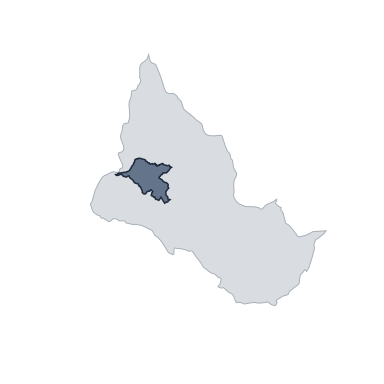 Ouadda, Haute-Kotto, Central African Republic shown in context, rotated 239°
{"feature_id": "33826404B85937091100445", "entity_name": "Ouadda", "entity_type": "district", "adm_level": 2, "iso_a3": "CAF", "parent_name": "Central African Republic", "parent_adm1": "Haute-Kotto", "projection": "mercator", "projection_center": [22.72, 8.057], "detail": "fine", "context": "in_parent", "style": "filled", "palette": "slate", "viewbox_px": 384, "rotation_deg": 239, "n_neighbors": 0, "source": "geoboundaries", "source_scale": "gbopen_adm2", "svg_char_len": 6798}
<svg xmlns="http://www.w3.org/2000/svg" viewBox="0 0 384 384"><g transform="rotate(239 192 192)"><path d="M259.6,147.6L262.8,148.4L263.3,149.4L262.5,152.6L263.1,154.6L264.9,156.3L266.7,157.0L268.4,157.4L274.5,158.5L277.0,159.7L280.3,163.4L284.5,166.8L285.5,168.7L285.3,170.3L284.1,172.3L284.3,173.1L286.2,175.1L288.4,177.2L292.4,179.5L299.4,183.0L302.5,185.4L303.6,187.2L305.4,189.2L307.9,191.0L309.6,192.4L308.4,196.3L308.8,197.6L309.4,198.7L310.8,200.2L311.4,202.2L312.9,204.7L314.6,205.8L317.4,206.2L319.0,207.4L322.1,209.3L325.2,211.0L326.5,212.2L327.3,213.2L328.0,214.5L328.3,215.7L328.4,218.3L328.9,221.6L330.5,223.8L332.1,225.5L325.8,223.6L324.9,223.5L323.8,223.9L320.5,226.2L319.5,226.5L315.4,226.0L305.5,224.2L297.9,222.4L295.6,221.7L291.5,221.1L288.8,222.3L286.3,226.5L285.5,227.3L281.6,228.6L279.7,228.2L275.1,229.4L268.0,227.7L265.5,228.0L263.5,228.9L258.4,230.8L255.3,231.9L251.7,232.8L248.3,234.3L246.0,235.2L243.7,235.2L241.7,234.3L239.5,233.6L236.8,233.4L234.1,233.9L231.7,235.5L230.8,236.7L228.7,239.9L226.3,245.0L225.4,246.1L224.5,246.6L213.4,244.0L208.6,243.4L205.4,244.2L201.3,242.8L199.6,242.5L198.7,243.0L196.5,242.3L192.8,240.6L189.3,239.8L186.2,240.1L184.2,239.5L182.7,237.8L180.7,234.7L177.1,231.6L172.2,229.1L169.2,227.2L168.0,225.9L165.4,225.2L161.4,225.1L157.6,226.3L152.1,230.2L147.0,238.2L144.1,241.2L141.8,242.0L141.3,244.0L142.4,247.0L142.7,250.5L141.9,256.5L142.2,260.8L141.0,260.1L139.8,258.1L139.2,257.7L135.9,258.6L134.1,259.4L133.2,260.2L132.5,260.4L131.4,259.2L130.6,259.0L129.2,259.3L127.9,259.2L127.0,259.1L126.4,259.2L124.8,258.5L119.0,256.9L118.0,256.3L116.9,256.4L113.9,257.8L112.3,258.2L107.5,259.1L102.3,259.6L100.4,259.6L99.0,260.2L98.1,261.2L96.5,266.7L96.1,267.6L96.2,269.0L95.7,273.4L95.9,274.8L89.8,286.9L88.8,284.9L88.1,282.6L87.9,279.8L88.0,279.1L87.6,278.3L87.1,276.1L87.6,274.6L87.2,273.1L86.0,271.7L84.9,270.5L84.3,269.5L83.8,269.1L82.6,268.9L81.0,268.4L74.1,261.3L67.0,253.3L65.6,250.7L65.0,249.2L66.7,249.0L67.2,248.7L67.2,248.0L66.1,246.0L65.6,243.4L64.7,241.8L61.9,239.3L59.3,237.4L58.4,236.5L57.9,235.1L56.9,226.5L56.5,224.0L55.6,222.9L55.0,222.4L54.8,221.8L54.9,220.3L55.2,218.9L55.2,218.3L55.9,217.1L55.9,209.1L55.1,208.0L53.5,208.0L52.6,206.8L51.9,205.3L52.1,204.3L53.7,202.7L54.7,202.0L57.7,200.7L58.6,200.1L59.1,199.3L59.5,198.2L61.2,194.1L63.8,190.0L65.0,189.1L67.6,183.1L68.2,181.5L68.7,180.0L69.5,178.7L72.4,176.6L74.6,173.0L76.9,173.2L79.4,173.8L82.5,174.1L84.9,173.4L86.5,172.0L94.0,169.6L94.5,167.6L95.7,166.6L97.1,165.7L97.6,165.6L97.7,166.2L98.5,168.3L100.2,170.3L102.8,172.4L103.5,172.3L105.0,170.6L109.0,169.6L110.0,169.2L112.7,166.7L116.1,165.2L118.0,164.6L121.4,163.0L123.8,163.2L127.7,163.0L134.2,162.2L138.8,162.0L141.2,161.7L141.8,161.3L142.7,159.0L143.4,158.3L145.1,157.3L148.6,153.8L150.8,150.9L151.5,149.8L152.0,149.6L152.9,148.3L152.0,147.0L148.1,144.4L148.2,144.1L148.0,143.6L148.2,143.2L149.7,142.2L151.6,140.9L153.7,140.5L159.2,140.6L163.9,140.3L165.0,140.4L168.7,139.7L171.2,139.2L173.8,137.9L179.6,138.0L184.4,134.8L185.8,134.2L186.4,133.7L186.6,133.2L188.9,132.0L191.4,129.3L193.4,126.9L194.0,125.2L199.5,119.5L201.4,119.6L202.3,118.9L204.5,115.1L205.2,114.4L207.5,113.7L208.5,112.6L209.5,110.9L209.5,108.8L209.0,107.1L209.0,106.3L209.6,105.6L210.4,104.8L214.6,102.8L215.7,101.8L216.3,100.9L217.5,100.7L218.8,100.8L219.6,100.2L220.5,99.3L223.4,98.0L226.0,97.1L228.9,97.5L234.0,98.7L235.5,101.5L236.2,102.4L242.5,108.9L243.7,110.4L246.8,115.1L248.7,118.3L250.9,122.8L251.1,125.3L250.9,127.4L250.4,133.4L249.8,135.1L247.1,138.3L247.0,139.8L247.5,141.0L248.4,141.5L248.9,142.1L248.6,144.9L249.6,145.9L251.6,146.7L256.9,147.2L259.6,147.6Z" fill="#d9dde1" stroke="#a8b0b8" stroke-width="1"/><path d="M246.3,135.5L245.6,135.6L245.0,136.0L244.6,136.6L244.2,137.9L244.0,139.4L243.7,140.4L242.8,140.9L241.2,141.1L239.1,142.8L238.7,143.2L238.6,144.5L238.6,145.6L238.3,146.2L238.0,146.3L237.1,146.0L235.3,146.3L232.9,147.4L230.1,147.4L229.2,147.7L228.1,148.5L226.7,150.0L226.1,150.1L225.4,149.8L224.9,149.6L223.8,149.8L223.4,150.4L219.0,150.0L218.1,149.7L217.2,149.1L215.3,149.6L214.9,150.2L214.3,151.1L214.7,152.2L215.3,153.5L215.4,154.4L214.5,156.0L214.6,156.6L214.9,157.1L215.3,157.6L215.2,157.9L212.8,158.6L212.2,158.2L211.9,157.0L211.1,156.5L210.6,155.9L210.4,155.4L209.9,155.4L209.2,155.7L208.2,156.4L207.1,156.6L206.7,157.6L205.8,157.2L205.1,157.1L204.2,157.2L204.1,157.8L203.8,158.1L202.3,158.9L201.9,159.3L202.2,160.0L203.5,162.7L196.4,162.8L196.6,164.7L196.3,165.3L196.0,165.8L196.0,166.3L196.6,166.9L196.7,169.2L198.6,167.8L200.4,168.7L201.0,168.6L202.2,168.2L203.5,168.4L204.3,169.0L204.9,169.1L205.6,169.6L206.4,171.2L207.4,174.1L209.3,174.1L210.0,175.1L210.8,175.4L212.0,175.3L213.3,174.7L214.6,173.4L216.4,172.7L217.6,172.7L221.0,171.0L221.9,172.0L221.9,173.0L222.3,173.4L222.7,174.8L222.3,175.4L223.0,176.6L223.2,177.1L222.7,177.7L221.6,180.0L221.9,181.4L222.2,181.9L222.3,183.1L222.8,184.1L223.3,184.9L223.6,185.6L223.7,187.2L224.2,186.9L224.8,186.5L224.9,186.2L225.2,186.2L225.7,186.2L226.0,186.2L226.3,186.3L226.6,186.3L226.8,186.0L227.0,184.6L227.8,184.0L229.2,182.5L230.2,181.8L230.5,181.7L230.7,181.8L231.0,181.8L231.1,181.5L231.2,181.3L231.5,181.1L231.8,181.1L231.8,180.8L231.8,180.5L231.8,179.6L232.0,179.3L232.0,178.8L232.2,178.1L232.1,177.8L231.8,177.8L231.8,177.6L232.1,177.5L232.2,177.4L232.3,177.1L232.0,176.8L232.0,176.4L232.1,175.7L232.6,175.1L232.9,175.0L233.2,174.9L233.3,175.1L233.3,175.4L233.3,175.6L233.6,175.7L233.7,175.2L233.7,174.9L233.8,174.8L234.0,174.9L234.1,175.0L234.3,175.1L234.5,175.2L234.9,175.2L234.8,174.8L235.0,174.6L235.4,174.8L235.7,174.8L235.8,174.5L235.7,174.2L235.6,173.9L235.8,173.4L236.0,172.7L236.3,172.6L236.5,172.6L236.8,172.6L237.1,171.7L237.2,171.0L238.0,170.1L238.5,170.4L239.0,170.3L239.2,170.2L239.2,169.8L239.5,169.4L239.9,169.3L240.2,169.1L240.6,169.1L240.9,169.2L241.1,169.0L241.2,168.9L241.5,168.9L241.8,168.7L242.0,168.4L242.4,168.4L242.5,168.4L242.7,168.2L242.9,168.2L243.0,168.4L243.2,168.5L243.5,168.4L243.9,168.3L244.3,168.1L244.5,167.8L244.6,167.6L244.9,167.4L245.2,167.2L245.5,166.9L246.4,165.7L246.8,165.7L247.4,165.1L248.0,164.3L248.4,163.8L248.4,163.1L248.3,162.7L248.3,162.3L248.8,162.2L249.0,161.7L249.1,161.0L249.0,160.8L248.9,160.6L249.0,159.9L249.0,159.5L248.8,159.3L248.4,159.2L247.3,158.1L247.2,157.5L246.8,157.4L246.6,157.0L246.5,156.6L246.4,156.4L246.0,156.1L245.7,155.9L245.4,154.9L245.3,154.0L244.7,153.5L244.5,152.8L243.5,151.2L243.3,150.5L242.9,150.2L242.8,149.9L242.6,148.8L242.6,148.1L242.8,147.2L242.8,146.6L242.9,146.3L243.1,146.1L243.1,145.8L243.0,145.5L243.0,145.3L243.5,144.5L244.1,143.5L244.3,143.0L244.3,142.4L244.6,141.7L245.2,140.3L245.5,139.7L246.0,139.1L246.0,138.9L246.0,138.1L245.9,137.7L245.6,137.2L245.7,136.7L245.8,136.2L246.2,135.8L246.3,135.5Z" fill="#64748b" stroke="#1e293b" stroke-width="1.5"/></g></svg>